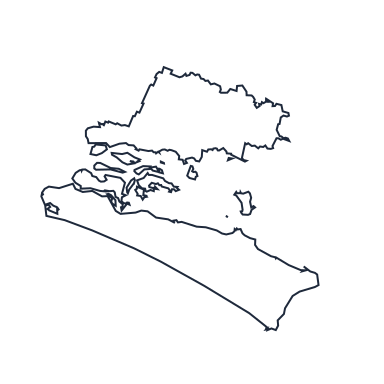 outline of Redland, Queensland, Australia, rotated 104°
{"feature_id": "25037944B35450059513963", "entity_name": "Redland", "entity_type": "district", "adm_level": 2, "iso_a3": "AUS", "parent_name": "Australia", "parent_adm1": "Queensland", "projection": "equal_earth", "projection_center": [153.338, -27.564], "detail": "fine", "context": "isolated", "style": "outline", "palette": "slate", "viewbox_px": 384, "rotation_deg": 104, "n_neighbors": 0, "source": "geoboundaries", "source_scale": "gbopen_adm2", "svg_char_len": 6085}
<svg xmlns="http://www.w3.org/2000/svg" viewBox="0 0 384 384"><g transform="rotate(104 192 192)"><path d="M241.8,50.6L240.7,53.2L240.5,58.0L237.2,65.6L239.5,60.9L242.2,65.7L241.0,65.1L241.5,67.5L239.5,80.5L235.2,94.5L236.0,94.7L235.2,95.4L235.2,99.8L231.4,114.2L228.1,118.0L222.8,119.1L222.7,124.5L221.3,130.4L219.9,133.0L216.2,135.9L217.3,138.7L216.6,139.7L218.3,140.2L217.6,141.6L219.8,141.3L222.0,142.8L224.9,148.5L225.0,152.8L223.3,158.7L222.9,170.1L224.5,179.1L223.5,194.8L224.9,198.3L223.1,200.3L224.4,203.3L225.4,203.3L226.1,201.1L224.3,208.5L225.5,220.7L221.5,230.4L222.3,236.7L225.6,241.7L230.5,256.0L228.8,261.4L216.4,272.9L218.0,278.2L215.1,289.0L218.4,298.0L217.2,305.8L212.8,309.6L220.4,321.9L221.4,332.2L224.6,335.7L228.8,337.3L231.0,335.5L230.2,337.2L232.7,337.1L240.0,331.6L237.0,327.0L238.8,323.3L239.5,319.1L241.8,316.5L240.2,319.0L245.7,317.4L244.4,326.1L243.4,327.4L243.9,328.6L240.8,326.0L239.0,328.0L240.8,331.1L250.4,327.5L250.1,308.7L253.4,279.6L260.7,234.4L267.1,205.5L280.1,157.4L295.7,107.2L304.9,87.0L305.8,87.0L305.5,86.1L307.5,87.0L306.6,85.2L307.7,85.3L305.2,81.9L305.7,77.3L300.8,76.1L295.8,77.8L288.1,73.3L282.3,73.6L268.5,69.2L262.6,63.5L254.4,49.7L251.7,46.7L241.8,50.6ZM78.8,226.9L82.2,229.3L83.7,231.9L82.4,241.3L78.8,240.6L77.7,249.6L83.7,250.0L83.4,252.9L86.1,254.9L89.8,255.6L90.1,253.9L98.1,255.3L97.6,257.6L99.1,258.6L117.9,262.0L117.9,260.4L127.7,262.2L127.4,264.9L132.3,265.8L132.5,267.5L143.6,269.2L143.3,273.3L144.6,276.6L143.4,281.2L144.8,282.4L143.7,289.9L145.0,290.2L144.6,293.1L149.5,293.8L147.1,293.7L148.1,296.2L147.3,299.1L151.3,297.0L152.4,303.3L155.4,308.5L158.2,309.8L163.6,308.4L165.8,306.0L169.6,304.2L165.3,287.2L168.3,282.6L162.7,274.1L160.5,267.9L161.8,264.9L160.9,259.9L163.2,256.5L164.1,257.0L164.8,253.8L163.3,253.3L162.8,244.2L161.5,240.8L162.7,238.9L162.3,236.9L163.2,236.2L161.1,234.6L161.6,233.5L160.9,234.0L158.1,231.0L157.3,228.7L157.9,225.6L156.5,224.1L156.4,221.9L156.9,217.5L160.2,213.1L163.5,212.7L163.0,208.9L166.7,206.5L165.0,204.0L163.0,206.2L161.3,205.6L158.6,200.3L158.9,198.0L160.8,195.8L160.6,192.4L155.6,191.0L148.9,192.2L149.3,187.2L146.8,186.5L145.9,183.7L146.3,182.2L144.7,181.8L143.8,179.7L143.9,178.3L145.4,177.1L145.2,175.8L141.8,172.3L144.4,168.4L146.1,167.6L145.4,163.3L146.3,163.1L149.7,148.0L148.5,146.7L148.5,149.8L146.8,151.8L131.8,152.2L132.5,150.5L131.1,149.3L132.9,145.1L131.8,142.3L133.6,138.3L131.4,137.0L131.1,133.8L129.1,132.1L131.6,129.3L131.1,126.0L129.8,123.9L127.9,125.0L119.4,123.0L119.0,121.1L119.8,118.5L118.3,116.6L119.0,110.0L116.9,111.9L116.7,114.4L117.7,116.2L116.5,118.6L116.6,120.4L111.2,124.9L105.4,124.8L104.8,123.5L98.2,123.9L95.7,121.7L95.8,118.1L94.5,116.4L92.0,117.6L91.8,123.5L86.0,126.3L86.0,131.4L88.5,132.3L89.2,134.6L86.3,134.8L84.1,141.1L86.0,139.7L86.3,141.1L85.2,142.3L86.4,142.0L88.5,144.1L87.9,145.9L90.3,146.0L90.3,148.2L92.2,147.2L94.7,149.5L92.2,152.3L90.0,151.4L89.8,153.7L87.1,153.5L84.9,155.7L83.9,157.5L84.9,162.4L81.5,163.4L76.5,168.9L78.2,173.9L83.2,173.2L82.8,179.8L87.1,181.8L88.7,187.9L88.2,189.2L85.6,188.8L82.6,190.3L81.3,196.5L83.0,199.8L80.0,203.5L81.0,205.9L79.6,208.1L79.8,210.7L76.5,213.5L76.7,215.4L78.0,216.9L76.3,220.4L76.6,222.2L79.0,222.7L80.7,225.5L78.8,226.9ZM201.6,309.5L207.8,311.4L211.2,307.4L213.1,301.4L215.7,300.8L212.9,291.4L213.2,281.6L212.7,278.0L211.5,277.0L211.4,275.7L212.6,277.3L212.4,275.9L209.9,268.6L211.0,266.9L215.2,265.0L215.8,262.2L218.8,260.2L220.7,256.2L223.2,255.9L224.0,257.2L227.0,255.8L219.0,252.2L219.4,249.6L217.7,250.7L217.9,252.5L219.2,253.4L219.3,255.8L217.8,258.3L214.0,258.7L211.2,255.5L210.7,259.5L199.2,259.3L195.6,264.8L196.4,280.0L198.0,280.6L200.8,277.8L203.0,279.8L204.0,282.9L203.5,285.0L200.7,288.5L200.6,292.6L198.1,294.4L195.9,301.0L196.8,304.0L197.9,304.2L197.3,304.5L198.1,306.3L201.6,309.5ZM191.2,211.0L188.6,213.9L189.0,216.4L187.8,220.9L185.7,223.2L185.1,234.9L185.9,238.0L184.3,239.6L190.1,242.3L194.0,248.1L198.2,245.4L200.5,241.5L200.1,238.3L202.3,237.2L202.6,236.0L200.1,232.7L200.4,229.3L198.0,229.8L197.6,226.2L195.8,229.1L196.8,229.0L197.6,231.2L197.5,234.6L196.2,235.2L192.8,233.3L193.0,228.9L191.8,227.2L193.3,225.3L192.7,223.6L194.0,222.7L194.2,215.8L195.9,213.8L197.2,214.3L197.2,212.3L194.2,212.1L193.7,210.2L195.1,208.0L193.0,205.1L191.6,207.9L190.6,207.4L191.2,211.0ZM181.2,149.1L184.4,150.3L184.7,148.2L190.5,141.3L197.0,138.6L198.5,138.6L199.1,140.0L200.2,139.2L201.6,137.4L200.6,132.1L199.3,130.3L194.9,129.9L191.7,127.1L190.8,128.9L192.6,130.8L187.4,133.3L183.3,133.2L179.3,135.5L178.1,137.4L181.2,141.9L181.4,144.1L180.5,144.9L181.4,144.8L182.3,148.0L181.2,149.1ZM172.3,256.2L169.6,264.2L172.1,269.0L173.5,279.4L175.2,278.6L176.6,273.5L180.0,266.7L181.0,261.4L178.2,255.0L176.8,256.4L177.3,258.1L177.0,259.7L176.6,256.3L177.8,254.6L175.1,250.9L174.9,251.8L173.1,250.3L172.3,256.2ZM167.7,287.1L169.2,297.0L171.6,297.8L172.4,299.5L179.7,299.7L179.5,293.7L176.1,288.9L171.2,284.9L167.7,287.1ZM189.8,276.5L190.0,264.0L188.7,261.9L187.2,268.7L188.4,276.7L186.0,288.1L186.7,291.2L190.0,293.2L192.8,292.5L193.6,290.5L189.8,276.5ZM167.0,199.5L177.3,200.6L179.0,197.9L179.1,192.1L176.3,192.0L175.2,190.6L172.2,192.3L171.5,193.6L172.3,195.5L171.8,196.9L169.3,196.3L167.0,197.8L167.0,199.5ZM177.3,238.6L178.7,245.7L184.5,253.1L185.7,253.0L187.4,250.3L187.8,247.9L181.6,243.7L179.8,238.2L178.7,239.0L177.3,238.6ZM206.8,238.5L201.3,239.2L200.2,246.7L202.2,246.3L203.7,247.6L206.9,244.3L208.6,244.4L208.3,240.8L211.3,238.0L208.6,237.0L207.6,234.8L206.9,235.8L206.7,234.4L206.8,238.5ZM204.8,253.5L198.2,250.7L199.0,250.5L194.4,250.3L192.7,251.4L195.6,253.9L203.6,256.5L208.0,254.8L208.8,253.9L204.8,253.5ZM176.1,233.1L178.5,238.5L180.7,235.3L180.7,229.5L179.2,230.4L178.7,229.3L180.9,228.4L180.9,224.8L178.2,226.4L177.3,229.0L177.7,231.5L176.1,233.1ZM214.0,272.6L214.6,273.7L217.6,267.8L220.5,268.2L222.5,266.7L223.8,262.7L218.5,264.3L214.6,269.9L214.0,272.6ZM149.8,161.1L150.1,164.6L152.5,164.8L149.8,161.1ZM170.0,229.6L170.9,229.4L171.1,226.1L170.6,226.3L170.0,229.6ZM207.8,151.1L207.1,152.7L207.1,153.3L207.8,151.1Z" fill="none" stroke="#1e293b" stroke-width="2"/></g></svg>